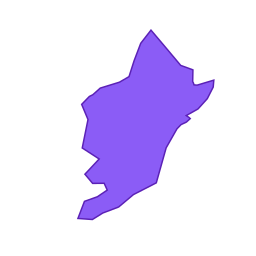 an SVG outline of Kokneses, rotated 140°
{"feature_id": "LVA-5729", "entity_name": "Kokneses", "entity_type": "Municipality", "adm_level": 1, "iso_a3": "LVA", "parent_name": "Latvia", "parent_adm1": "", "projection": "equal_earth", "projection_center": [25.446, 56.702], "detail": "fine", "context": "isolated", "style": "filled", "palette": "violet", "viewbox_px": 256, "rotation_deg": 140, "n_neighbors": 0, "source": "natural_earth", "source_scale": "10m", "svg_char_len": 648}
<svg xmlns="http://www.w3.org/2000/svg" viewBox="0 0 256 256"><g transform="rotate(140 128 128)"><path d="M141.6,67.8L166.6,73.5L185.9,73.5L202.0,79.1L214.1,80.8L224.5,90.9L208.5,99.8L195.6,95.0L183.8,93.8L181.8,101.0L190.7,108.3L190.7,120.3L170.0,122.8L175.9,142.1L153.2,160.2L148.3,175.9L137.3,177.0L133.6,176.1L123.6,176.4L105.1,168.6L94.2,166.7L80.1,175.6L63.8,184.7L47.5,188.2L47.4,166.3L47.4,142.1L40.9,130.8L48.6,122.0L49.0,120.3L49.7,118.6L47.5,116.4L31.5,109.5L36.4,104.6L48.4,99.5L62.1,97.6L75.4,100.1L74.5,96.9L74.3,95.2L79.4,95.0L85.2,96.5L91.0,95.9L111.5,88.3L141.6,67.8Z" fill="#8b5cf6" stroke="#5b21b6" stroke-width="1.5"/></g></svg>